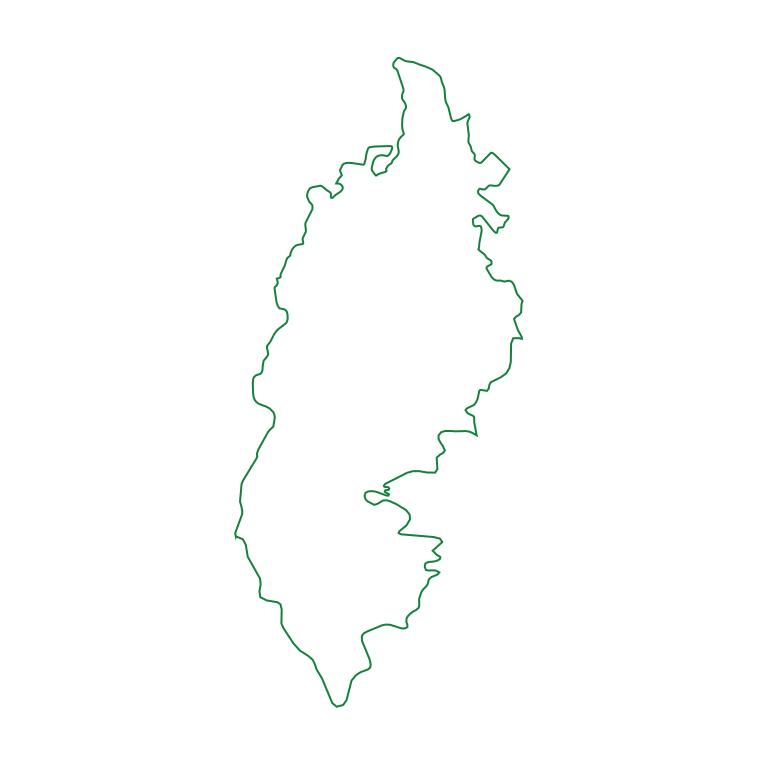 SVG path tracing the border of Jalal-Abad, rotated 276°
{"feature_id": "KGZ-1120", "entity_name": "Jalal-Abad", "entity_type": "Region", "adm_level": 1, "iso_a3": "KGZ", "parent_name": "Kyrgyzstan", "parent_adm1": "", "projection": "albers", "projection_center": [73.017, 41.512], "detail": "fine", "context": "isolated", "style": "outline", "palette": "green", "viewbox_px": 768, "rotation_deg": 276, "n_neighbors": 0, "source": "natural_earth", "source_scale": "10m", "svg_char_len": 6154}
<svg xmlns="http://www.w3.org/2000/svg" viewBox="0 0 768 768"><g transform="rotate(276 384 384)"><path d="M171.8,282.3L177.6,281.0L197.8,266.6L209.5,263.4L214.8,259.9L217.0,252.8L216.6,252.7L220.1,251.6L238.7,256.3L240.4,256.5L242.5,256.4L247.5,254.9L252.0,253.1L269.5,252.8L273.3,253.9L296.5,264.9L298.6,265.5L301.3,264.9L305.8,265.9L324.1,273.7L326.7,275.4L330.1,278.4L339.2,278.9L341.8,278.3L344.5,276.8L347.6,273.0L349.1,269.5L350.6,263.7L351.4,261.1L352.8,258.9L354.6,257.1L357.9,255.6L360.4,254.9L371.0,253.4L375.4,253.4L377.3,254.0L379.4,256.0L381.1,260.0L382.8,261.2L385.3,261.7L389.7,261.5L394.6,261.9L399.4,265.0L401.8,265.8L407.5,263.9L409.7,263.8L414.3,266.6L421.9,269.5L424.9,271.1L427.6,273.2L434.3,280.3L436.3,281.1L438.7,281.4L443.0,280.8L445.9,279.7L447.5,277.9L448.0,276.3L448.3,272.1L450.7,270.1L454.4,268.5L467.9,265.1L469.0,265.3L470.1,266.5L473.3,267.9L477.6,266.4L478.6,268.8L479.1,269.6L479.7,270.1L480.6,269.7L482.1,269.8L484.1,270.3L491.3,272.9L497.6,274.1L499.3,274.7L501.3,276.8L502.2,277.4L504.6,277.4L507.8,278.4L510.4,279.9L512.5,281.9L513.6,284.4L514.6,288.1L515.0,288.8L515.6,289.0L519.5,287.9L520.8,288.0L527.0,290.3L529.1,290.2L533.3,289.2L535.2,289.0L537.0,289.4L550.0,294.4L551.5,294.5L553.7,294.2L554.9,293.6L557.6,290.5L562.4,287.9L564.6,287.8L567.6,288.3L570.8,289.8L572.3,292.4L574.6,300.3L573.7,302.6L570.5,307.4L569.1,310.1L568.4,310.9L567.6,311.3L564.1,311.7L563.7,312.1L563.6,312.7L564.0,313.6L567.1,316.2L570.3,320.1L572.0,321.6L573.6,322.4L574.8,322.5L576.0,322.1L577.1,321.3L577.9,320.1L578.4,319.0L578.6,317.8L578.4,315.5L583.5,317.7L587.0,320.2L587.9,320.0L591.6,317.9L592.1,317.9L597.6,319.9L598.8,321.0L599.9,323.5L600.3,326.2L600.4,329.2L599.9,340.4L600.6,341.3L605.5,342.2L611.7,342.5L616.3,343.5L617.2,344.0L617.9,344.9L618.4,346.5L619.3,350.5L621.3,365.5L621.2,366.8L620.2,367.4L618.4,367.4L613.8,365.9L611.9,364.6L611.0,363.2L611.4,359.2L611.0,356.3L610.4,354.7L609.6,353.3L608.4,352.1L605.9,350.6L603.2,349.9L597.4,349.2L596.4,349.3L594.7,350.1L590.5,354.0L590.8,355.2L591.3,355.3L592.8,357.6L594.9,362.7L595.8,364.2L598.2,363.6L601.3,365.0L602.4,366.0L603.8,367.8L604.6,368.5L607.4,369.2L611.3,372.6L614.2,374.2L615.9,374.4L617.6,374.2L622.0,372.8L624.3,372.6L627.7,373.0L629.6,373.8L631.2,374.8L634.2,377.4L635.2,377.5L639.6,375.6L642.9,375.0L650.1,374.5L657.7,375.4L659.7,376.6L661.1,377.0L662.9,376.8L665.9,375.3L668.8,372.7L670.3,372.0L673.1,371.8L674.8,372.0L677.2,372.8L679.5,372.5L697.0,364.6L698.7,363.1L699.2,361.5L699.5,360.9L701.4,359.9L704.3,359.9L708.4,362.5L709.7,363.8L709.9,365.5L707.6,371.0L707.3,373.0L707.2,379.2L706.8,381.2L705.6,385.2L704.0,392.4L702.3,397.7L701.6,399.5L696.8,406.5L695.7,407.7L694.5,408.5L690.3,410.0L685.3,412.7L683.0,413.5L674.1,415.0L672.0,415.7L669.8,416.7L666.1,419.0L654.9,423.1L653.4,424.0L652.7,424.9L652.8,426.3L654.7,431.0L655.5,432.5L659.4,437.9L661.1,439.8L660.9,440.4L660.3,440.8L658.2,441.3L654.1,439.9L652.1,439.6L640.7,442.3L633.5,442.6L629.2,445.4L624.6,447.1L622.2,449.9L620.9,450.5L617.2,450.4L616.1,451.0L615.2,452.1L614.1,454.9L613.8,456.1L614.2,457.5L625.2,466.3L625.0,468.0L623.1,470.9L610.7,486.4L594.3,478.0L593.5,477.1L593.0,475.7L592.6,472.9L592.7,470.4L592.6,468.6L592.0,467.3L589.0,465.0L588.1,463.9L587.8,462.2L588.2,459.6L588.1,458.6L587.4,458.0L585.9,457.4L583.6,457.7L581.3,460.5L573.8,473.2L572.9,474.1L567.5,477.9L565.9,479.5L564.7,481.2L564.1,482.7L563.9,484.2L564.2,489.1L564.1,489.9L563.6,490.4L562.7,490.5L560.8,490.0L557.1,487.3L553.7,486.6L552.7,486.1L552.1,485.4L551.6,482.2L551.2,481.4L550.5,481.0L546.9,480.7L546.2,480.4L546.0,479.7L546.9,477.9L548.7,475.9L560.7,464.2L561.4,463.0L561.6,461.9L561.2,460.3L557.8,455.7L557.3,455.3L556.5,455.2L552.3,456.1L551.3,456.5L550.8,457.1L550.2,458.7L551.1,461.5L551.2,463.0L550.8,463.8L550.0,464.3L547.9,464.9L546.4,465.1L534.3,464.1L529.5,464.3L527.8,463.8L526.5,465.4L523.8,469.8L522.8,471.0L520.0,473.2L517.8,477.7L516.6,478.2L514.6,478.4L513.8,477.7L512.8,476.0L511.4,474.2L510.7,473.8L509.9,473.9L509.0,474.3L501.5,479.9L499.3,482.7L498.7,484.8L498.7,486.4L499.1,489.1L498.5,492.5L498.6,493.4L499.6,496.6L499.7,497.7L499.2,500.0L497.9,501.5L496.0,503.0L487.6,506.8L481.2,513.1L477.9,512.4L469.5,512.9L466.6,510.9L464.6,508.1L462.3,506.5L451.7,511.5L445.1,516.1L443.3,516.4L443.7,513.2L443.0,507.7L437.5,506.2L419.1,507.8L412.9,507.0L407.4,504.5L403.0,499.6L396.9,490.0L394.1,488.9L390.6,488.7L388.0,487.3L388.1,483.0L388.3,481.8L388.3,480.9L387.9,480.1L387.1,479.5L379.5,478.7L375.5,477.5L372.5,475.6L368.5,469.1L366.6,467.8L364.0,469.9L363.2,471.3L361.5,476.2L360.5,477.1L355.2,477.8L342.6,481.5L344.6,477.0L345.6,473.6L345.7,469.9L344.4,460.0L344.2,454.6L343.6,449.5L342.0,445.8L338.4,443.6L334.9,444.1L331.6,446.3L328.5,449.0L324.2,451.5L321.8,450.2L319.6,447.1L316.2,444.1L304.9,446.0L301.2,444.1L300.5,436.1L301.0,428.1L300.3,421.8L298.1,416.2L285.0,396.0L283.9,395.0L282.7,394.5L281.8,395.2L281.7,399.2L280.5,400.2L279.2,399.6L278.5,396.5L276.9,395.9L276.3,396.9L275.6,399.0L274.8,400.5L273.4,400.0L273.4,397.7L276.1,387.1L276.2,383.2L275.5,379.5L273.7,376.9L270.6,376.4L267.5,377.6L265.7,379.7L262.8,386.9L264.2,390.1L268.1,395.3L268.6,398.8L267.9,402.6L265.8,408.9L260.9,419.1L256.9,423.1L252.0,424.0L245.9,421.2L239.2,414.7L237.3,414.1L236.3,416.5L237.0,449.2L236.1,455.8L232.9,458.5L223.3,449.8L219.6,454.4L218.0,458.0L216.1,458.1L214.3,456.1L213.0,453.4L211.4,446.2L209.8,443.9L206.5,443.6L203.5,445.1L203.1,447.7L203.7,451.1L203.9,455.1L202.4,458.7L200.2,457.2L196.7,451.0L194.5,449.1L189.2,448.2L186.6,446.7L183.7,444.3L180.6,442.8L173.9,441.4L167.7,442.2L164.9,441.8L162.4,439.3L160.5,436.5L158.2,434.0L155.7,432.1L153.0,430.9L149.8,431.1L147.0,432.4L144.7,432.7L143.0,430.1L142.8,426.8L145.2,415.2L145.0,411.2L143.8,407.3L136.2,393.3L133.9,390.0L131.2,388.3L126.4,388.9L108.8,398.4L103.9,400.1L100.5,399.9L98.4,397.8L95.1,391.1L93.1,388.4L90.8,386.1L85.6,382.7L65.7,379.8L60.5,376.9L58.1,370.7L61.3,365.9L84.6,353.2L93.2,346.7L97.9,344.6L102.3,341.9L105.7,337.0L110.1,328.2L116.5,321.1L130.7,309.5L135.1,307.0L149.2,305.8L154.1,304.0L155.8,300.9L156.5,290.0L159.1,283.2L164.9,281.8L171.8,282.3Z" fill="none" stroke="#15803d" stroke-width="2"/></g></svg>